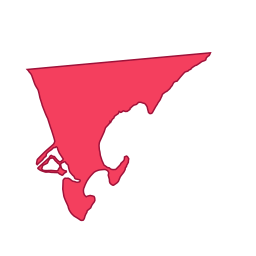 outline of Teliu, Palau, rotated 347°
{"feature_id": "81905179B53694522517045", "entity_name": "Teliu", "entity_type": "district", "adm_level": 2, "iso_a3": "PLW", "parent_name": "Palau", "parent_adm1": "", "projection": "mercator", "projection_center": [134.229, 6.987], "detail": "fine", "context": "isolated", "style": "filled", "palette": "rose", "viewbox_px": 256, "rotation_deg": 347, "n_neighbors": 0, "source": "geoboundaries", "source_scale": "gbopen_adm2", "svg_char_len": 4258}
<svg xmlns="http://www.w3.org/2000/svg" viewBox="0 0 256 256"><g transform="rotate(347 128 128)"><path d="M66.5,51.5L43.0,48.3L43.9,49.8L44.2,50.8L45.2,52.7L45.6,53.6L46.0,55.0L47.0,63.8L47.3,65.4L48.0,67.8L48.7,69.7L49.0,71.2L49.1,74.5L49.0,78.5L49.1,80.0L49.5,85.1L49.5,86.3L49.9,89.4L50.9,96.0L51.5,99.1L51.9,100.5L52.7,110.3L53.0,112.5L53.6,120.3L53.7,123.0L53.7,124.4L52.6,126.2L51.6,127.1L50.2,127.9L43.6,131.4L41.3,132.7L37.0,135.4L32.8,138.1L32.3,138.7L31.0,141.7L30.8,142.4L31.3,143.3L32.0,142.9L33.5,142.0L37.6,139.8L38.3,139.2L39.1,138.4L40.6,137.6L42.0,136.8L42.5,135.2L43.1,134.5L44.2,133.8L45.4,133.1L48.5,131.9L49.4,131.4L51.0,130.4L52.6,130.7L53.8,130.1L54.7,131.1L54.8,133.3L55.4,136.8L57.9,143.5L57.5,144.3L55.2,145.5L53.8,145.7L52.7,144.4L51.8,143.1L50.9,141.4L49.9,139.3L49.0,138.9L48.1,138.4L47.0,137.4L45.8,137.8L45.0,138.6L45.0,139.6L45.6,140.2L47.3,140.1L48.5,140.7L49.7,143.5L50.8,145.0L51.6,146.5L52.4,147.2L53.0,148.4L53.0,149.7L53.1,151.0L51.8,151.6L50.1,153.6L49.2,153.8L47.8,153.4L43.9,152.1L38.8,151.1L37.2,150.7L35.5,149.9L35.0,149.2L34.9,148.0L35.6,146.9L36.6,145.3L41.2,144.2L41.8,143.8L43.1,142.0L44.6,140.6L44.6,140.0L44.0,139.5L31.4,146.5L31.1,147.2L32.4,148.8L33.4,149.7L35.0,150.8L37.3,152.2L38.0,152.5L41.1,153.1L43.0,153.9L49.9,155.8L50.5,156.7L50.9,157.4L51.7,157.9L52.7,158.9L53.4,159.2L54.3,158.9L55.1,158.2L55.8,157.7L58.1,156.9L58.2,156.0L57.1,155.5L56.3,155.0L55.0,153.8L54.2,152.5L54.0,150.0L54.3,147.9L55.4,147.2L57.4,146.8L58.4,146.6L59.2,146.9L59.6,147.7L59.8,148.6L61.1,150.2L61.3,151.1L61.2,154.1L61.3,156.1L61.4,157.3L61.7,158.3L63.5,161.7L64.0,162.3L64.5,163.0L64.8,164.9L65.4,165.8L68.5,167.2L69.4,167.7L69.6,168.6L68.8,169.4L67.9,169.6L66.8,169.6L65.7,169.3L63.8,168.1L62.0,167.3L59.8,164.6L58.5,163.5L56.5,163.1L55.7,162.8L54.9,162.8L53.6,163.7L53.0,164.4L50.7,172.9L50.2,179.5L50.2,180.6L50.4,182.3L50.8,184.8L51.6,188.6L52.0,190.6L52.0,192.7L52.3,194.7L52.9,196.6L53.7,198.6L55.0,200.7L55.7,201.7L58.6,204.5L60.3,206.3L61.0,207.1L61.7,207.5L62.4,207.7L63.7,207.7L64.4,207.1L65.1,206.3L66.5,203.8L67.7,202.2L68.8,201.1L69.7,199.4L73.7,197.4L74.7,196.0L75.5,195.0L76.8,193.8L77.5,193.2L78.4,192.5L79.4,191.2L79.7,189.8L79.8,188.4L79.5,187.1L78.3,186.3L75.9,185.2L73.0,185.3L71.8,185.6L70.9,184.3L70.4,183.1L70.2,180.9L70.5,178.8L71.2,177.0L72.4,175.3L72.9,174.5L73.9,173.1L76.0,170.5L78.3,168.3L80.9,166.2L83.4,164.5L85.2,163.4L86.2,163.1L87.3,162.8L89.6,162.5L90.8,162.5L92.1,162.6L94.9,163.0L96.0,163.2L96.8,163.5L97.8,164.3L98.4,164.9L98.9,165.9L99.1,167.1L98.9,168.0L98.4,168.8L98.1,169.7L98.2,171.7L98.3,173.7L97.9,176.2L98.1,177.7L98.5,178.4L99.1,179.2L100.1,180.2L101.1,180.5L104.4,179.2L105.4,178.7L106.7,177.7L109.4,173.9L110.7,172.7L113.8,170.2L115.4,168.4L115.9,167.7L116.6,166.0L117.8,165.3L118.2,164.2L119.4,162.9L120.6,161.5L120.8,160.8L121.0,160.0L121.8,158.2L121.0,155.7L120.2,155.0L118.8,155.2L118.1,155.4L117.4,157.6L116.9,158.4L116.3,159.0L113.1,160.9L112.4,161.9L110.5,163.2L107.7,165.0L106.6,165.6L104.2,165.2L102.8,164.7L101.8,164.0L101.3,163.4L100.9,162.7L98.9,161.7L98.1,160.7L96.3,158.7L95.3,153.7L94.9,148.9L94.9,148.1L95.2,145.1L95.2,142.7L95.8,138.7L96.1,137.7L96.7,136.1L97.3,135.0L101.9,129.0L103.5,126.9L104.2,125.9L104.8,124.8L106.2,122.6L107.7,121.6L109.5,120.4L111.3,119.0L111.9,117.7L112.4,118.5L113.5,117.2L114.8,115.9L116.4,115.1L117.4,113.6L118.7,113.0L121.2,112.0L121.9,111.7L123.1,109.9L124.3,111.1L125.2,111.1L127.3,110.2L128.2,110.7L129.1,111.3L130.9,111.6L132.0,111.2L134.1,110.3L134.5,109.2L135.3,109.0L136.1,108.4L138.6,107.1L141.6,106.9L144.0,105.4L145.4,105.6L146.6,106.0L147.6,106.7L148.5,107.2L149.5,107.7L150.4,108.8L151.4,111.5L151.4,115.1L151.5,116.2L151.4,117.1L152.0,118.3L152.6,118.9L153.4,119.1L154.3,119.0L155.1,118.6L159.8,113.4L161.8,111.5L162.9,110.2L163.8,109.4L165.7,107.7L167.3,105.5L167.9,104.9L169.1,102.9L171.0,102.0L172.6,101.3L174.1,101.0L177.7,99.0L178.8,97.9L179.8,97.2L180.8,96.3L181.7,95.1L183.0,93.8L184.7,93.3L186.3,93.4L190.4,90.2L194.3,87.4L195.7,86.5L196.5,86.2L199.2,86.0L200.8,85.1L202.4,84.9L203.0,84.2L204.3,83.5L207.4,82.3L209.0,82.2L212.5,80.9L214.8,79.9L218.0,79.5L219.1,79.1L220.0,77.4L220.8,76.8L221.6,76.3L223.4,75.6L224.3,74.6L225.2,73.3L66.5,51.5Z" fill="#f43f5e" stroke="#9f1239" stroke-width="1.5"/></g></svg>